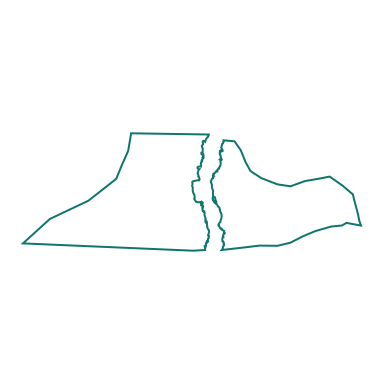 outline of Zemam Out, Al Bahr al Ahmar, Egypt
{"feature_id": "37247803B6993574009783", "entity_name": "Zemam Out", "entity_type": "district", "adm_level": 2, "iso_a3": "EGY", "parent_name": "Egypt", "parent_adm1": "Al Bahr al Ahmar", "projection": "natural_earth1", "projection_center": [30.77, 28.19], "detail": "fine", "context": "isolated", "style": "outline", "palette": "teal", "viewbox_px": 384, "rotation_deg": 0, "n_neighbors": 0, "source": "geoboundaries", "source_scale": "gbopen_adm2", "svg_char_len": 5778}
<svg xmlns="http://www.w3.org/2000/svg" viewBox="0 0 384 384"><path d="M193.1,250.7L205.1,250.0L205.1,248.6L205.0,248.4L204.9,247.6L205.1,247.8L205.4,247.7L205.6,246.7L205.6,246.4L205.3,246.3L205.3,246.1L205.5,246.0L205.4,245.6L205.5,245.5L205.6,245.4L205.8,245.9L206.0,245.7L206.1,244.8L205.9,244.2L205.9,243.6L206.0,243.2L206.3,243.2L206.9,242.6L206.6,242.3L206.8,241.7L207.1,242.0L207.2,241.7L208.0,241.6L208.4,240.5L208.6,240.4L208.1,240.4L207.8,240.0L208.0,239.7L208.0,239.2L208.1,238.6L208.6,238.4L208.8,237.0L208.5,236.6L208.5,236.2L208.9,236.0L208.9,235.9L208.9,235.7L208.3,235.4L208.1,235.2L208.8,232.8L209.1,232.2L209.0,230.7L208.8,230.2L208.0,229.1L207.1,226.8L207.1,226.6L207.3,225.9L206.9,224.7L207.0,224.3L206.9,223.1L207.0,222.6L206.9,222.3L206.7,222.6L206.0,222.7L205.6,222.2L205.4,221.7L205.4,220.9L205.8,220.3L205.8,220.1L205.6,219.8L205.7,219.4L205.4,219.2L205.6,218.5L205.5,218.1L205.1,216.9L204.5,215.1L204.6,212.9L204.5,212.5L203.9,212.2L203.9,211.8L204.1,211.6L204.2,211.2L203.7,210.9L202.9,211.1L202.8,210.7L202.8,210.3L202.4,209.7L202.5,209.0L202.3,207.5L202.4,207.4L202.9,207.6L203.0,207.3L203.1,206.6L202.8,206.0L202.6,205.8L202.3,205.7L202.7,205.5L202.8,205.3L202.7,205.2L202.4,204.9L202.2,205.0L201.7,205.1L201.2,205.1L201.3,204.1L200.9,203.7L201.0,203.2L201.9,202.9L202.7,203.0L202.8,202.8L202.7,202.6L202.3,202.3L202.2,202.6L201.9,202.4L201.7,202.6L201.6,202.4L201.5,202.2L201.3,202.6L201.1,202.5L201.0,202.3L201.0,202.2L201.0,201.9L200.9,201.9L198.9,202.3L197.9,202.2L196.0,201.7L194.6,199.5L194.2,198.8L194.3,198.4L194.7,197.7L194.7,197.1L194.5,196.1L194.4,194.9L193.6,193.7L192.8,191.4L192.7,189.2L192.8,187.6L192.4,186.6L192.1,185.9L192.5,184.0L192.3,181.8L192.8,181.4L194.0,181.0L198.0,180.2L198.5,180.2L199.0,180.4L199.6,179.4L199.4,178.3L199.2,177.9L198.9,177.0L198.8,176.8L198.3,176.6L198.3,176.0L198.5,175.6L197.6,173.2L197.9,172.6L198.4,170.6L198.8,169.8L199.3,169.2L198.9,169.2L198.6,169.2L198.0,168.8L197.6,168.2L197.5,167.8L197.5,167.4L197.8,166.9L198.5,166.6L199.0,166.5L200.9,166.6L200.9,166.2L201.2,165.2L200.8,164.2L200.8,163.5L200.9,162.9L201.1,162.8L201.3,162.1L201.7,162.0L201.9,161.7L202.1,161.1L201.7,161.0L201.6,160.3L201.8,160.0L202.2,159.7L202.4,158.9L202.6,158.6L203.2,158.4L203.5,158.0L203.5,157.9L203.0,157.6L203.6,157.3L203.5,156.9L203.4,156.7L202.9,156.5L202.9,156.3L203.1,155.6L203.3,155.8L203.5,155.8L203.6,155.7L203.5,155.4L203.4,154.5L203.2,154.1L202.8,154.5L201.7,154.4L201.5,154.1L201.3,153.0L201.4,152.7L201.7,152.5L202.6,152.0L202.7,151.2L202.7,150.7L202.7,148.5L202.5,148.0L202.1,147.3L201.8,145.9L202.3,145.2L203.0,144.3L203.2,143.7L202.9,142.8L202.6,142.1L202.9,141.3L203.3,140.9L203.6,140.9L204.1,141.1L204.5,141.2L205.1,141.8L205.3,141.3L205.4,140.6L206.1,139.1L206.5,138.6L206.9,137.8L207.6,137.1L208.2,136.7L208.1,136.3L208.6,135.3L208.8,134.5L131.1,133.3L128.2,150.8L121.7,165.5L116.2,178.9L88.4,200.7L49.8,219.0L23.0,243.4L193.1,250.7ZM223.6,140.3L223.8,141.2L223.8,141.4L223.3,141.6L223.2,141.9L223.3,142.7L223.0,143.4L222.0,144.1L221.9,145.2L221.2,147.6L221.5,148.1L221.8,148.6L221.9,149.2L222.6,150.2L222.7,150.6L222.7,150.9L222.5,151.2L222.3,151.2L222.1,151.1L221.9,150.5L221.7,150.2L221.2,150.1L221.1,150.3L221.5,150.6L221.6,150.8L221.5,151.1L221.3,151.2L220.7,150.9L220.6,151.4L220.2,151.3L220.2,151.6L220.3,151.8L220.4,152.1L220.1,152.2L219.9,152.0L219.9,152.7L219.7,153.3L219.7,153.5L219.9,154.0L220.3,154.3L220.3,154.7L220.1,154.8L220.5,155.5L220.5,156.0L220.8,157.0L220.9,157.5L221.1,158.1L221.1,158.5L221.4,158.9L221.6,159.0L221.8,159.4L221.7,159.6L221.2,159.2L221.1,159.5L221.3,159.7L221.3,160.0L221.2,160.1L220.9,159.7L220.7,159.7L220.4,159.6L219.9,159.3L219.7,159.5L220.3,160.0L220.4,160.4L220.5,161.5L220.7,162.3L220.5,165.0L220.4,165.5L219.5,167.0L219.3,167.9L219.1,168.5L218.6,168.3L218.0,169.1L217.8,169.4L217.1,170.2L217.4,170.4L217.2,170.7L217.3,171.5L217.2,171.6L216.4,171.4L215.8,171.7L215.8,172.0L215.3,172.6L214.7,172.8L214.4,173.1L214.1,173.8L213.9,173.8L213.8,173.7L213.5,174.0L213.3,174.0L213.4,174.6L213.2,174.9L213.1,175.4L213.7,175.7L213.9,176.0L213.7,176.1L212.9,176.0L213.0,177.4L213.3,177.7L213.3,178.0L213.2,178.2L212.3,178.5L212.0,178.8L211.6,179.5L211.1,180.9L211.2,181.1L211.1,181.3L210.8,181.4L210.9,182.2L211.3,182.6L211.3,183.0L211.8,184.6L212.0,185.4L211.9,186.0L211.8,186.8L212.0,187.8L212.7,189.7L212.8,190.1L213.0,190.4L213.2,191.2L213.2,191.7L213.0,192.2L212.9,193.3L213.0,194.9L213.2,195.6L212.9,196.9L212.8,197.0L212.7,199.3L212.8,199.7L213.1,200.4L214.5,202.4L215.5,203.5L215.9,203.5L216.7,204.1L217.1,204.6L217.9,206.4L218.9,207.1L219.5,207.9L219.7,209.3L219.9,209.4L219.9,210.1L220.4,212.1L220.9,212.7L221.6,214.5L221.6,217.0L221.3,218.8L220.7,219.9L220.5,221.0L220.6,221.3L220.3,222.0L219.2,223.2L218.9,223.6L219.0,225.1L218.6,225.2L218.9,225.7L218.9,225.9L218.8,226.0L219.6,226.9L220.3,228.4L220.8,228.6L221.2,228.4L221.8,228.7L221.9,229.2L221.6,229.5L222.0,229.9L222.4,229.9L222.7,230.1L223.2,230.6L223.5,230.6L224.2,231.0L224.0,232.2L224.6,232.5L224.7,233.2L223.8,233.6L223.8,233.9L224.0,234.1L223.8,234.3L223.4,234.6L223.1,235.4L223.0,235.9L223.2,236.4L223.4,236.6L223.4,237.0L222.8,236.8L222.3,239.2L222.3,240.0L222.4,240.5L223.1,241.3L222.7,241.5L223.7,242.7L223.7,243.8L224.0,243.7L224.1,244.1L224.1,245.1L223.8,245.6L223.3,246.2L222.8,247.0L222.9,248.1L222.7,248.4L222.5,249.0L221.7,250.0L244.7,247.4L259.5,245.6L277.4,245.8L290.4,242.7L302.5,236.5L315.3,231.1L331.4,226.5L342.0,225.5L346.5,222.9L361.0,225.6L359.1,220.1L358.1,214.6L353.9,198.8L352.9,194.4L342.4,185.5L329.6,176.6L319.4,178.6L304.9,181.1L290.5,186.3L277.6,184.4L261.3,178.1L250.5,171.1L245.5,162.0L240.8,150.3L234.5,141.3L223.6,140.3ZM216.4,202.1L215.5,203.2L212.9,199.7L213.1,196.8L215.0,197.3L215.6,200.4L216.4,202.1Z" fill="none" stroke="#0f766e" stroke-width="2"/></svg>